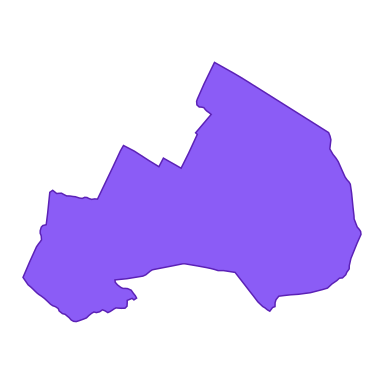 Westlands, Nairobi, Kenya (Robinson projection)
{"feature_id": "3690345B99886458952319", "entity_name": "Westlands", "entity_type": "district", "adm_level": 2, "iso_a3": "KEN", "parent_name": "Kenya", "parent_adm1": "Nairobi", "projection": "robinson", "projection_center": [36.774, -1.232], "detail": "fine", "context": "isolated", "style": "filled", "palette": "violet", "viewbox_px": 384, "rotation_deg": 0, "n_neighbors": 0, "source": "geoboundaries", "source_scale": "gbopen_adm2", "svg_char_len": 2260}
<svg xmlns="http://www.w3.org/2000/svg" viewBox="0 0 384 384"><path d="M62.4,313.6L65.1,314.3L67.1,316.0L69.1,317.6L71.2,320.0L73.5,321.3L76.2,321.6L78.8,320.8L81.6,319.8L83.8,319.0L86.5,317.9L89.0,315.4L91.5,313.4L93.9,312.0L96.4,312.6L99.6,311.8L102.5,309.8L105.3,311.0L107.8,312.6L110.0,311.6L112.2,310.2L114.1,308.9L116.0,307.9L118.3,308.1L121.3,308.3L125.0,308.2L127.0,306.2L127.2,303.0L127.2,300.4L129.6,299.4L132.1,298.4L133.9,299.9L136.6,298.1L135.3,295.7L133.3,293.2L131.2,290.2L127.6,288.6L125.4,288.4L122.9,288.4L120.8,287.4L117.5,284.9L115.2,282.2L115.0,279.9L127.0,278.7L142.9,276.1L145.8,274.8L150.4,271.0L152.4,269.8L155.3,269.2L172.8,265.8L182.8,263.8L185.0,263.8L197.9,266.0L206.6,267.6L210.8,268.5L214.7,269.5L218.1,270.6L223.6,270.6L235.1,272.4L245.2,285.4L250.9,292.8L253.2,295.7L257.9,301.9L262.7,306.5L264.9,307.8L267.5,309.9L269.8,311.2L272.6,307.5L275.0,306.6L275.1,302.6L276.0,299.7L278.8,296.2L283.5,295.6L290.6,294.8L298.3,294.3L310.4,292.7L322.4,289.6L327.5,288.1L332.0,283.9L336.7,280.7L339.4,278.2L342.5,277.9L345.8,274.7L346.7,272.4L349.2,268.9L349.3,265.5L350.9,258.5L357.0,243.4L361.0,234.4L360.6,231.4L359.2,229.3L357.2,227.0L354.1,218.9L354.0,216.0L353.1,208.2L351.6,193.1L350.3,184.2L349.0,182.0L346.9,179.7L345.0,176.9L341.9,170.0L338.2,161.6L336.0,158.2L332.9,154.3L329.8,148.9L330.9,139.8L330.0,136.0L328.6,132.6L305.8,118.2L244.1,79.4L235.1,74.0L214.5,62.4L204.1,83.8L197.4,99.0L196.6,101.3L196.9,104.9L199.2,107.0L201.4,107.1L203.8,107.6L205.5,109.8L207.1,111.3L209.0,112.6L211.2,114.4L195.6,132.8L197.3,134.4L188.6,153.2L181.1,168.2L163.4,158.1L158.9,166.7L149.3,160.8L138.0,153.5L134.3,151.1L123.5,145.5L121.7,148.6L120.4,150.9L112.9,167.0L97.5,199.1L94.6,198.9L91.6,199.4L88.9,198.5L87.0,197.5L84.8,197.3L82.3,198.4L79.7,198.1L75.3,196.7L73.1,196.5L69.9,196.0L66.6,195.9L63.8,194.5L61.5,193.2L59.0,193.3L56.7,193.5L52.7,190.3L49.8,192.3L47.7,212.8L46.2,224.7L42.9,225.5L41.3,227.1L40.2,230.7L40.2,233.3L41.2,235.8L41.5,239.9L40.0,242.0L38.5,243.9L36.5,246.8L29.6,262.0L23.0,277.4L25.9,281.6L28.1,284.8L31.0,287.2L33.0,289.1L34.9,291.0L37.0,293.0L38.9,294.5L41.5,296.2L44.5,298.5L47.4,301.2L50.5,304.2L52.7,305.7L55.5,306.7L58.2,308.5L59.2,311.0L62.4,313.6Z" fill="#8b5cf6" stroke="#5b21b6" stroke-width="1.5"/></svg>